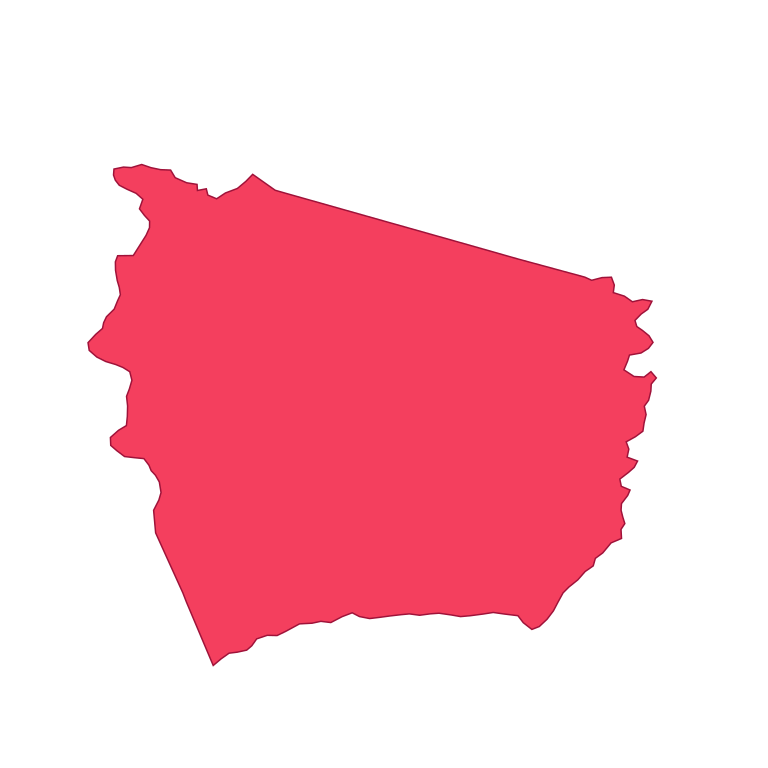 Ibiassucê, Bahia, Brazil, rotated 76°
{"feature_id": "56859067B49243330043485", "entity_name": "Ibiassucê", "entity_type": "district", "adm_level": 2, "iso_a3": "BRA", "parent_name": "Brazil", "parent_adm1": "Bahia", "projection": "equal_earth", "projection_center": [-42.305, -14.281], "detail": "fine", "context": "isolated", "style": "filled", "palette": "rose", "viewbox_px": 768, "rotation_deg": 76, "n_neighbors": 0, "source": "geoboundaries", "source_scale": "gbopen_adm2", "svg_char_len": 2258}
<svg xmlns="http://www.w3.org/2000/svg" viewBox="0 0 768 768"><g transform="rotate(76 384 384)"><path d="M547.5,628.5L615.8,617.8L611.3,608.6L607.7,599.5L608.7,591.3L609.0,581.6L606.0,575.6L600.5,569.2L599.6,558.1L602.2,548.6L600.1,538.7L596.3,524.0L598.7,511.6L599.0,502.7L602.6,493.3L599.6,480.9L598.3,470.2L603.7,464.1L608.1,454.7L609.4,444.4L610.5,434.4L612.0,422.9L613.2,415.0L617.0,405.4L618.2,394.7L619.7,386.1L624.5,374.3L628.2,366.0L629.7,356.4L631.2,343.3L632.1,333.3L636.3,322.9L641.2,310.1L649.3,306.6L657.9,299.9L656.9,292.0L651.7,282.7L645.1,274.5L637.8,268.0L630.0,260.8L625.7,253.7L620.9,243.3L614.6,234.2L611.1,225.0L604.3,221.1L600.8,212.6L593.1,202.1L591.3,190.9L582.4,189.2L577.7,184.1L570.9,184.5L563.8,184.5L557.5,182.5L551.1,174.5L546.4,170.9L540.7,178.5L533.3,178.2L528.9,168.1L525.4,161.4L520.1,156.6L513.8,165.8L506.4,162.2L498.7,163.0L496.0,152.9L492.4,144.2L484.8,141.1L477.1,137.1L468.5,136.8L463.8,131.2L455.5,126.8L448.7,124.7L444.0,118.3L436.6,122.0L440.2,129.9L437.2,139.6L428.3,147.8L420.8,142.2L415.3,138.8L416.1,127.1L413.4,118.8L408.7,112.9L401.3,115.2L394.5,120.3L389.4,124.8L383.0,125.1L378.3,117.5L375.3,109.9L368.5,104.0L364.6,112.7L364.3,123.1L356.9,129.5L350.8,139.4L343.7,136.6L335.4,137.5L333.5,146.7L333.6,157.4L328.9,163.3L295.1,223.8L262.6,280.4L228.3,340.4L174.5,434.4L169.7,442.7L148.8,460.7L153.9,468.9L158.8,479.0L160.3,491.7L163.8,501.6L158.1,509.2L151.6,509.2L151.1,518.2L145.1,517.1L141.0,526.8L133.3,536.7L124.8,539.3L122.0,548.9L117.7,557.8L112.4,566.0L112.9,576.8L110.5,584.3L110.1,594.0L115.8,595.9L121.2,595.4L127.1,592.8L132.8,586.3L139.0,578.4L146.4,573.3L154.9,578.9L162.6,575.6L169.2,572.0L175.6,573.7L182.2,578.9L198.7,596.2L195.1,611.4L200.5,615.1L208.8,617.0L219.1,617.8L226.2,617.5L233.6,618.2L238.7,622.3L246.1,627.7L251.6,637.0L256.7,641.2L262.0,643.7L266.1,651.7L272.3,661.2L280.1,661.9L288.4,656.1L294.9,648.5L300.2,639.6L304.8,633.3L310.6,627.7L319.4,627.7L327.1,632.2L333.7,636.8L343.3,638.1L353.4,640.9L362.0,644.0L364.7,652.8L369.7,662.4L377.5,664.0L384.3,659.2L391.6,653.3L395.1,644.0L398.3,635.0L406.0,631.7L411.7,630.9L417.3,627.8L424.7,625.7L435.4,626.6L442.1,630.5L450.8,638.1L473.2,641.6L538.0,629.7L547.5,628.5Z" fill="#f43f5e" stroke="#9f1239" stroke-width="1.5"/></g></svg>